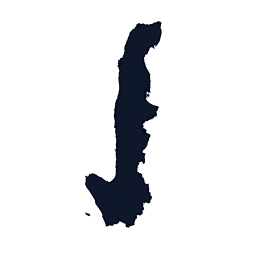 Puglia, Bari, Italy (Natural Earth projection), rotated 245°
{"feature_id": "23120603B69806914684511", "entity_name": "Puglia", "entity_type": "district", "adm_level": 2, "iso_a3": "ITA", "parent_name": "Italy", "parent_adm1": "Bari", "projection": "natural_earth1", "projection_center": [17.16, 41.008], "detail": "fine", "context": "isolated", "style": "filled", "palette": "ink", "viewbox_px": 256, "rotation_deg": 245, "n_neighbors": 0, "source": "geoboundaries", "source_scale": "gbopen_adm2", "svg_char_len": 5821}
<svg xmlns="http://www.w3.org/2000/svg" viewBox="0 0 256 256"><g transform="rotate(245 128 128)"><path d="M39.7,93.0L42.6,95.7L43.0,97.2L43.5,96.9L43.7,97.8L46.4,98.6L46.5,99.2L46.0,99.4L45.7,100.0L46.3,101.1L45.3,101.2L44.3,102.2L44.9,104.7L47.9,105.7L47.7,106.6L48.3,107.2L48.1,107.6L48.7,108.0L51.3,107.6L51.3,108.1L52.1,108.3L52.3,109.0L53.8,108.6L55.1,110.0L55.3,110.5L53.6,110.9L53.5,111.5L54.4,113.2L52.4,114.2L51.7,115.1L51.7,115.9L52.3,116.7L53.2,116.9L54.0,118.3L54.4,118.4L54.4,119.0L55.9,119.9L57.0,119.1L58.8,119.7L59.6,120.3L61.1,118.9L61.9,119.7L62.5,119.6L63.5,120.7L65.2,120.7L65.5,121.2L68.3,122.1L68.3,121.1L70.2,119.6L72.2,119.4L73.6,120.0L74.5,119.8L74.8,120.2L75.8,120.2L78.4,119.4L79.7,120.4L81.2,119.9L81.5,119.2L81.2,118.7L82.7,118.2L82.9,117.5L83.4,117.9L83.8,117.2L84.5,117.4L84.8,116.8L85.2,116.9L85.9,117.9L86.3,117.7L87.3,118.7L89.0,118.7L89.3,119.4L89.0,119.8L90.1,119.7L90.4,120.0L90.2,120.5L91.2,122.3L91.6,121.9L92.5,122.4L93.3,123.4L93.3,123.9L92.7,124.1L92.9,125.8L92.6,126.2L91.7,127.4L89.8,127.4L90.1,128.3L95.9,130.6L97.3,132.1L98.0,131.5L98.2,130.8L99.4,130.1L101.3,130.8L102.0,131.4L102.8,134.8L104.1,136.8L105.2,138.1L107.1,139.3L108.7,141.4L110.3,142.2L111.5,144.3L112.6,144.5L113.6,143.7L115.3,142.2L116.3,140.6L116.9,141.5L117.4,141.6L117.2,142.4L118.2,143.0L118.5,142.9L118.0,142.5L118.3,142.0L117.9,141.7L118.1,141.3L119.0,140.9L119.5,142.0L119.8,141.8L119.9,142.2L120.2,141.9L119.7,140.8L120.3,140.5L121.0,141.2L122.9,141.2L123.3,141.3L123.2,141.8L124.0,141.8L123.9,142.3L124.4,142.2L124.5,141.5L125.0,142.1L127.6,143.7L126.7,144.2L126.5,143.8L126.1,144.4L126.9,145.3L127.7,145.3L126.8,148.8L126.9,149.8L127.7,150.7L126.9,151.3L127.2,151.8L126.6,153.7L127.5,154.9L127.1,155.6L128.1,156.6L127.3,158.4L128.5,159.4L129.0,159.0L129.0,159.5L130.4,159.7L130.5,159.4L131.4,159.8L131.8,161.3L133.1,162.8L133.6,162.7L133.8,163.4L134.1,163.0L134.7,163.6L137.4,160.2L141.1,157.4L144.8,156.0L147.0,155.9L148.7,156.5L148.6,157.5L149.5,156.7L149.1,157.3L149.7,157.1L150.2,157.8L150.4,157.6L150.3,158.5L151.0,158.4L151.0,158.6L151.1,158.9L151.0,158.6L151.3,158.7L151.3,158.4L152.2,158.8L152.2,158.5L152.7,158.3L152.6,158.7L153.7,159.5L154.0,160.4L153.7,160.5L154.1,160.8L153.8,160.7L153.7,161.3L153.0,161.9L151.8,162.1L151.6,162.9L152.6,162.9L155.2,164.3L155.4,164.7L156.3,164.7L157.0,165.5L159.2,166.2L161.2,167.7L163.6,167.9L164.4,168.7L166.2,169.1L166.9,170.0L175.5,169.4L182.3,170.4L183.6,171.0L183.9,170.6L184.6,170.8L185.0,171.5L185.8,171.7L186.1,172.6L186.4,172.3L187.0,172.7L187.0,173.5L186.4,172.8L187.9,174.6L187.5,176.0L187.9,177.0L189.6,178.6L189.8,179.3L190.4,179.3L190.6,179.9L191.0,179.8L192.1,181.8L192.2,183.3L191.7,184.4L190.3,185.2L191.5,185.4L192.5,186.6L192.7,187.6L192.4,188.4L192.0,188.9L191.3,188.6L192.3,190.5L193.0,191.0L193.2,191.9L194.1,193.1L200.3,198.1L200.9,198.1L202.1,198.9L205.3,199.1L207.6,200.7L208.2,200.8L209.1,201.9L209.9,201.4L209.7,201.7L210.3,201.6L211.4,200.0L211.1,198.7L211.8,195.6L211.3,194.5L212.5,189.2L213.0,188.5L213.4,188.7L213.6,187.1L215.6,185.8L216.0,183.5L217.8,181.9L217.1,180.7L217.6,180.1L217.0,179.4L216.2,179.3L216.3,178.8L215.4,176.8L214.9,176.5L214.6,175.5L214.9,174.3L213.8,172.3L213.8,171.7L213.2,171.4L213.3,170.8L212.9,170.1L211.0,168.8L209.7,166.9L207.5,165.1L206.9,164.5L207.0,164.0L205.6,163.0L203.3,160.3L201.7,159.1L197.9,157.6L197.4,156.7L195.6,155.5L195.4,154.7L193.7,153.4L193.3,152.6L193.8,151.0L192.3,149.2L192.3,148.5L192.7,148.2L191.5,147.7L190.6,147.7L191.0,147.9L190.7,148.1L190.2,147.6L190.1,148.0L189.2,148.0L189.2,148.5L188.8,148.2L187.9,148.3L189.1,148.0L189.6,146.9L189.9,146.9L189.9,147.4L190.1,146.9L191.4,146.9L189.2,146.8L188.3,145.4L187.8,145.8L183.4,145.1L181.4,143.9L181.5,143.5L178.7,142.4L177.1,141.0L169.4,138.4L166.4,137.0L162.0,133.8L160.8,132.4L158.9,131.6L158.2,130.1L156.4,128.3L156.7,128.3L156.1,128.2L155.0,127.2L154.6,127.3L153.2,126.0L151.7,125.6L150.4,124.0L148.1,123.2L146.5,122.2L146.5,121.7L146.4,122.1L144.1,120.7L139.3,119.6L137.8,118.6L135.3,117.9L135.0,117.7L135.3,117.7L134.9,117.5L135.0,116.9L134.8,116.6L133.8,116.3L134.9,116.9L134.4,117.0L134.8,117.2L134.7,117.5L134.1,117.6L133.6,117.1L134.0,116.7L133.0,117.1L131.8,116.8L130.2,115.6L126.2,114.5L125.0,113.6L122.7,113.5L120.9,112.3L121.2,112.7L120.5,112.6L120.9,112.2L120.3,112.4L117.9,110.6L113.8,109.2L112.5,107.9L112.4,108.2L112.3,107.9L112.6,107.7L111.4,107.7L109.3,106.5L106.6,105.6L106.1,105.3L106.2,105.0L106.1,104.7L106.1,105.4L105.6,105.2L105.9,104.7L105.4,105.3L104.4,105.0L101.7,103.0L99.4,102.2L98.1,101.1L98.1,101.4L97.7,101.3L91.2,98.2L89.2,96.6L87.7,94.6L86.5,91.7L86.1,88.8L86.6,86.8L87.5,86.6L87.1,86.4L87.6,86.1L87.7,86.6L87.7,85.9L88.6,85.2L94.7,82.0L95.1,81.0L97.3,79.7L97.5,79.2L98.7,79.0L98.9,78.5L99.7,78.2L99.8,77.5L100.8,77.1L101.1,76.5L100.9,76.0L101.3,75.8L101.2,74.0L101.5,73.7L100.9,73.6L101.1,73.0L100.7,72.9L100.3,71.6L100.3,70.4L100.8,70.1L100.1,69.9L100.5,69.6L99.7,69.7L99.2,68.5L97.5,68.1L95.7,66.5L94.6,66.0L92.8,66.2L92.1,65.9L87.7,67.0L76.9,68.2L75.3,68.1L74.9,67.6L72.6,67.3L66.6,68.5L62.1,69.0L59.7,68.9L58.6,67.9L51.8,67.9L48.5,67.3L48.2,69.1L48.7,70.4L47.8,70.9L47.6,72.0L46.8,72.4L46.6,73.2L47.3,74.3L47.4,75.3L47.3,76.0L46.6,76.5L46.4,77.4L47.4,78.6L46.7,78.6L46.6,79.0L47.6,80.4L49.6,81.0L47.4,82.0L46.8,82.5L46.6,83.4L46.0,82.8L45.8,83.2L46.0,83.4L45.0,83.8L44.9,84.3L44.0,84.3L43.6,85.1L43.7,85.6L43.0,85.5L42.7,86.5L41.9,86.5L41.6,86.1L41.0,86.1L40.9,85.5L39.5,85.0L38.2,86.7L39.1,87.4L38.7,87.8L39.0,88.4L38.7,89.3L39.0,89.6L38.3,91.1L38.3,92.5L39.7,93.0ZM123.1,140.9L123.6,141.1L123.0,141.1L123.1,140.9ZM66.3,55.1L65.4,55.7L65.5,56.2L66.2,56.0L66.5,55.3L66.3,55.1ZM149.7,160.4L149.4,159.8L148.5,160.2L149.1,160.6L149.7,160.4ZM67.8,54.1L67.2,54.1L67.1,54.7L67.8,54.1ZM66.9,55.3L67.5,54.7L66.7,55.3L66.9,55.3Z" fill="#0f172a" stroke="#020617" stroke-width="1.5"/></g></svg>